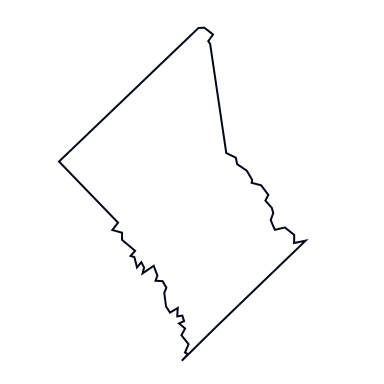 Foard, Texas, United States of America, rotated 46°
{"feature_id": "52423323B82900100133763", "entity_name": "Foard", "entity_type": "district", "adm_level": 2, "iso_a3": "USA", "parent_name": "United States of America", "parent_adm1": "Texas", "projection": "natural_earth1", "projection_center": [-99.685, 33.988], "detail": "fine", "context": "isolated", "style": "outline", "palette": "ink", "viewbox_px": 384, "rotation_deg": 46, "n_neighbors": 0, "source": "geoboundaries", "source_scale": "gbopen_adm2", "svg_char_len": 824}
<svg xmlns="http://www.w3.org/2000/svg" viewBox="0 0 384 384"><g transform="rotate(46 192 192)"><path d="M98.4,266.5L162.7,266.5L164.0,275.7L172.7,270.6L177.8,275.6L194.8,273.8L195.3,280.6L198.9,278.7L208.1,284.0L207.3,277.2L213.1,279.0L216.2,284.1L218.5,270.8L228.1,275.0L230.5,279.9L235.7,275.1L243.0,276.9L245.3,282.0L256.3,290.2L263.5,291.6L265.5,282.8L271.2,289.0L274.2,284.8L279.4,287.4L277.5,292.6L285.4,291.8L287.7,299.1L299.1,300.2L302.6,308.6L305.8,307.5L306.3,316.5L305.8,267.4L305.9,144.1L299.6,154.0L293.9,148.3L282.1,149.8L276.7,158.7L266.9,154.9L263.6,148.2L258.8,145.6L249.2,145.2L247.1,139.1L235.2,137.6L226.9,142.7L225.0,140.3L214.8,137.8L203.2,140.2L197.8,136.6L187.8,140.3L98.1,76.1L94.8,75.5L93.3,67.5L82.4,69.0L78.5,73.4L77.7,266.5L98.4,266.5Z" fill="none" stroke="#020617" stroke-width="2"/></g></svg>